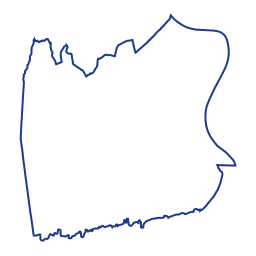 the district of Phra Samut Chedi, Samut Prakan, Thailand
{"feature_id": "78962969B59575898831596", "entity_name": "Phra Samut Chedi", "entity_type": "district", "adm_level": 2, "iso_a3": "THA", "parent_name": "Thailand", "parent_adm1": "Samut Prakan", "projection": "equal_earth", "projection_center": [100.494, 13.559], "detail": "fine", "context": "isolated", "style": "outline", "palette": "blue", "viewbox_px": 256, "rotation_deg": 0, "n_neighbors": 0, "source": "geoboundaries", "source_scale": "gbopen_adm2", "svg_char_len": 5603}
<svg xmlns="http://www.w3.org/2000/svg" viewBox="0 0 256 256"><path d="M33.7,235.5L36.1,235.6L38.6,234.8L39.2,234.4L40.3,234.6L40.4,238.8L40.8,239.7L41.7,240.5L43.0,240.6L43.5,240.5L44.1,239.6L45.1,238.8L45.8,238.7L47.2,238.9L48.1,238.4L49.6,235.1L50.2,234.1L50.8,234.3L52.7,235.4L53.7,235.6L53.9,235.2L54.0,234.1L54.3,233.5L54.5,233.2L54.8,233.1L55.5,233.2L56.1,233.8L56.3,233.9L57.6,233.2L58.0,230.1L58.3,229.5L58.6,229.5L60.1,229.8L60.4,230.2L60.6,231.6L60.5,234.7L60.8,235.7L61.4,236.0L65.1,236.4L66.4,236.3L68.0,235.1L68.7,235.2L68.8,235.4L68.8,237.6L68.9,238.1L69.3,238.3L69.9,238.4L70.9,238.1L71.5,237.9L72.0,236.7L72.5,236.1L74.9,235.6L75.3,235.2L75.5,234.6L76.2,234.0L77.2,233.3L78.6,233.0L78.9,232.8L79.1,231.9L79.4,231.6L80.2,231.5L80.5,231.7L80.9,233.4L81.1,236.0L81.4,236.8L81.8,237.2L82.5,237.2L83.3,236.8L83.9,234.6L85.2,232.3L85.7,231.0L85.7,230.1L85.7,229.8L85.8,229.6L86.1,229.6L86.3,229.9L86.8,230.1L87.2,230.1L87.7,231.5L88.6,231.4L89.0,230.9L89.8,230.8L90.1,230.2L90.7,229.9L91.0,229.9L91.7,231.1L92.2,231.1L92.6,230.4L92.8,229.2L93.1,229.0L94.1,228.7L96.2,228.5L97.8,228.6L98.0,228.3L98.1,227.9L98.3,227.8L98.7,228.1L98.9,228.1L99.1,227.8L99.2,226.8L99.9,226.8L100.3,227.3L100.6,227.3L102.3,225.8L103.1,225.9L104.3,227.0L104.9,227.2L107.2,226.3L108.8,226.0L109.4,225.3L110.0,225.2L110.7,225.6L111.2,225.6L111.7,226.1L112.0,226.3L112.1,227.2L112.3,227.3L112.5,226.7L112.7,226.4L115.0,226.4L115.8,225.5L116.2,224.6L116.8,224.4L117.1,224.6L117.3,225.1L117.4,225.9L117.6,226.2L119.1,225.0L121.4,224.6L122.5,224.2L123.2,223.8L123.8,223.1L124.2,220.6L124.4,220.0L124.8,220.0L125.5,222.4L126.1,222.7L126.6,222.6L126.8,222.5L126.9,219.2L126.9,218.9L127.1,218.7L127.9,218.7L128.8,224.5L129.1,225.0L129.9,225.6L130.7,225.8L131.3,225.8L131.7,225.5L133.3,223.6L133.7,222.8L134.1,222.5L135.1,222.5L136.2,222.0L137.8,222.2L138.0,222.9L138.5,223.1L138.5,221.9L138.8,220.6L139.3,220.3L139.8,220.3L140.5,221.3L140.9,222.5L141.1,224.2L141.0,227.2L141.1,227.3L141.8,227.7L142.5,227.7L143.3,227.5L143.2,226.7L143.7,224.3L144.4,223.0L145.5,222.3L145.8,221.6L147.4,220.7L149.5,220.1L151.1,219.2L152.6,218.8L155.9,218.4L157.3,218.0L159.8,217.8L161.6,217.9L163.8,217.5L164.1,217.2L164.1,216.1L164.4,215.8L166.6,216.0L166.9,216.1L167.6,216.8L168.0,217.3L168.1,217.7L168.2,217.8L168.5,217.4L169.2,217.1L175.2,214.9L176.6,214.5L178.8,214.5L180.4,213.8L180.9,213.4L181.9,213.1L183.5,213.2L184.4,213.6L185.0,214.1L185.4,214.1L186.7,213.7L189.6,212.4L191.5,211.9L192.9,211.8L193.5,212.0L193.6,211.8L193.7,210.6L194.2,209.6L194.8,209.2L195.6,209.2L196.1,208.9L197.4,209.4L197.8,210.0L198.4,210.1L199.8,209.5L199.9,209.9L200.0,211.0L202.5,209.4L205.3,206.7L206.2,205.8L208.0,203.3L213.9,196.3L216.4,191.8L217.7,189.9L220.4,182.9L222.4,174.9L222.3,173.0L221.9,172.0L221.6,171.7L220.0,170.8L219.1,168.6L218.6,168.3L218.2,167.2L218.0,166.3L217.3,165.1L235.3,165.6L234.5,162.3L233.0,159.8L226.0,152.4L217.4,145.9L213.3,140.9L211.2,137.8L210.1,136.0L208.8,133.4L207.9,131.4L207.2,129.3L206.2,125.5L205.5,119.9L205.4,115.9L205.6,112.8L205.8,110.6L206.6,106.9L207.8,103.3L209.7,98.8L214.5,88.6L222.6,73.3L224.8,68.8L226.4,65.1L227.6,61.2L228.3,58.0L228.7,54.7L228.8,52.2L228.6,48.9L228.1,44.9L227.3,41.1L226.6,38.9L225.7,37.0L224.9,35.8L224.0,34.8L222.1,33.2L220.0,32.0L217.0,31.1L213.9,30.6L195.9,29.6L190.9,28.6L187.3,27.5L183.9,26.0L180.6,24.0L177.8,22.1L175.6,20.4L173.6,18.6L170.8,15.4L169.6,19.3L169.2,19.8L168.0,20.7L167.1,21.9L164.9,24.1L164.7,24.6L163.8,25.5L163.4,26.0L162.9,26.2L162.7,26.8L161.8,27.5L161.4,28.0L161.0,28.1L160.8,28.9L160.4,29.1L159.8,29.7L159.4,29.8L159.1,30.3L157.4,31.8L155.1,34.4L154.5,34.8L154.3,35.3L153.7,35.6L153.5,36.4L152.5,36.9L151.4,38.3L150.5,38.9L150.4,39.3L149.5,40.3L149.0,40.3L148.8,40.8L147.9,41.6L147.6,42.2L147.2,42.4L146.9,42.9L146.4,43.1L146.1,43.6L145.7,43.8L142.6,46.6L141.9,47.1L135.6,52.7L135.2,52.2L132.4,39.9L131.2,40.3L126.9,40.9L126.0,41.3L122.4,43.0L121.0,43.9L118.0,45.5L116.7,48.3L114.9,55.8L114.8,56.3L109.6,54.9L108.7,55.2L108.2,55.3L107.0,54.7L106.3,54.9L105.4,54.8L104.5,55.1L102.7,56.9L101.9,57.2L101.1,58.0L99.8,58.5L99.3,59.0L98.2,58.6L97.6,60.5L97.6,62.3L97.2,64.1L97.4,65.2L97.3,65.6L96.6,67.2L95.6,68.5L94.0,71.4L93.0,72.8L91.2,73.7L90.3,73.4L89.7,74.5L87.8,75.0L87.3,75.7L86.3,76.5L85.8,75.8L85.3,74.7L84.7,73.7L84.0,72.3L82.5,70.3L82.1,70.0L81.5,70.0L80.0,68.7L76.5,66.5L75.4,65.6L73.8,64.7L73.3,64.2L72.9,63.2L72.8,61.5L72.0,57.5L71.7,54.9L71.5,54.2L70.9,53.7L69.5,53.8L68.6,53.7L66.6,52.2L66.3,51.7L66.2,51.2L66.3,50.6L67.5,47.0L67.2,46.1L66.3,44.8L65.6,45.9L64.1,46.6L63.3,48.3L62.2,49.8L60.9,52.2L60.8,53.1L60.7,56.0L61.7,62.0L56.1,64.3L56.0,64.1L55.6,62.3L54.9,60.5L54.1,59.1L53.3,58.2L52.2,56.2L52.0,54.4L52.4,53.8L52.5,53.1L52.2,52.0L51.1,49.8L50.9,48.5L50.6,47.3L50.6,44.8L50.9,43.7L50.8,43.0L50.7,42.9L50.2,43.2L49.8,43.1L49.3,41.7L48.5,40.7L48.3,39.8L48.1,39.4L47.5,39.0L46.8,38.9L45.5,39.6L44.6,40.9L43.9,40.9L42.7,40.4L41.7,41.2L40.5,41.1L40.2,41.3L39.7,42.0L39.1,42.1L38.5,41.6L37.2,41.0L36.7,41.1L36.7,40.7L35.5,40.9L35.0,40.9L34.9,40.7L34.9,40.3L34.7,39.8L34.3,39.7L34.2,39.2L33.6,40.3L33.8,41.8L33.7,42.8L33.1,44.7L32.3,46.1L31.8,47.4L31.5,49.7L31.5,52.9L31.5,53.6L30.5,55.3L29.8,56.8L30.0,58.3L29.7,60.7L28.7,62.6L28.3,64.5L27.6,64.9L27.4,65.4L27.3,65.7L27.5,67.0L27.3,68.0L26.9,68.6L26.4,69.2L26.0,70.2L25.2,70.8L25.0,71.5L25.0,72.7L24.9,73.3L24.7,73.7L23.9,74.5L23.7,74.9L23.9,76.4L23.3,78.3L23.3,79.0L23.5,80.6L23.9,82.0L23.9,82.7L22.9,98.3L22.0,114.0L21.9,116.5L21.4,122.9L20.7,138.1L20.7,139.2L21.8,147.0L22.3,150.2L22.9,156.1L25.2,174.1L30.6,214.3L31.0,216.1L33.7,235.5Z" fill="none" stroke="#1e3a8a" stroke-width="2"/></svg>